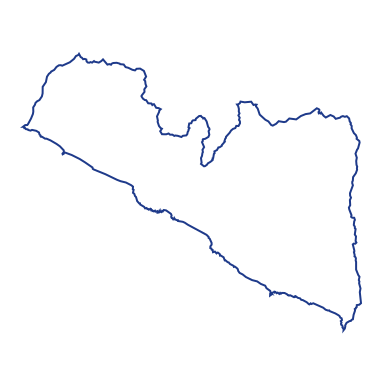 Caraveli, Arequipa, Peru (Natural Earth projection)
{"feature_id": "86281439B24627039816812", "entity_name": "Caraveli", "entity_type": "district", "adm_level": 2, "iso_a3": "PER", "parent_name": "Peru", "parent_adm1": "Arequipa", "projection": "natural_earth1", "projection_center": [-73.996, -15.752], "detail": "fine", "context": "isolated", "style": "outline", "palette": "blue", "viewbox_px": 384, "rotation_deg": 0, "n_neighbors": 0, "source": "geoboundaries", "source_scale": "gbopen_adm2", "svg_char_len": 5992}
<svg xmlns="http://www.w3.org/2000/svg" viewBox="0 0 384 384"><path d="M354.2,217.8L352.2,217.7L351.1,216.8L351.5,215.2L349.3,209.5L348.9,207.6L350.2,205.2L349.9,200.0L351.0,197.7L350.1,195.6L350.0,193.2L352.9,185.3L352.2,183.1L352.3,181.6L352.8,180.8L353.1,177.1L355.8,173.3L357.1,169.7L356.9,168.2L357.2,166.7L356.5,164.9L356.2,161.0L356.8,157.7L355.5,153.7L357.1,149.6L358.0,148.5L359.6,142.6L359.3,141.0L356.6,138.8L356.9,137.6L355.9,135.1L353.9,133.1L351.6,128.3L351.7,126.0L350.5,124.2L350.9,123.1L349.7,121.4L349.1,118.4L346.8,116.2L344.9,116.8L342.9,116.1L341.1,116.7L340.0,117.7L335.7,118.8L333.7,116.5L330.4,115.0L325.8,117.5L323.7,115.9L321.2,112.6L320.5,113.5L319.5,113.0L318.8,113.3L318.5,112.1L319.3,111.0L319.4,109.9L318.8,109.2L316.8,108.3L310.2,113.4L305.6,114.1L300.9,116.0L296.2,119.4L289.3,118.5L285.9,121.7L284.0,122.1L278.7,121.2L276.1,123.8L272.8,125.6L271.2,125.0L268.4,121.4L265.4,119.8L259.7,114.6L257.7,108.6L256.0,106.4L255.9,105.6L256.5,104.7L255.3,104.5L253.5,105.0L251.2,101.7L244.7,102.3L240.5,101.6L239.8,103.3L238.0,104.4L237.1,104.5L238.2,106.1L238.9,108.9L238.8,111.6L239.5,113.4L238.4,115.4L239.7,117.7L239.0,119.9L239.9,121.3L240.0,123.2L239.3,124.6L238.5,126.0L236.3,125.9L235.3,128.1L233.0,128.9L231.1,130.5L229.6,132.8L226.0,136.8L225.9,137.9L225.3,138.6L224.4,141.3L224.8,141.7L221.9,145.0L221.8,145.8L219.6,147.3L218.4,147.4L217.0,150.0L214.4,151.4L214.6,153.2L213.9,153.9L213.2,158.0L212.7,158.3L212.9,158.6L212.7,159.9L212.1,160.0L212.0,160.6L210.2,162.0L207.8,163.4L207.1,164.6L205.1,166.1L204.0,166.3L201.0,163.9L201.6,162.7L201.0,158.1L202.0,155.9L202.4,153.1L202.9,152.1L202.5,149.8L204.1,147.1L202.0,142.1L202.8,141.0L202.7,139.8L203.0,139.2L205.2,138.8L208.4,136.9L209.3,134.7L208.6,131.1L209.5,129.5L209.3,128.4L208.1,126.8L206.6,121.4L204.5,118.1L203.2,118.5L202.9,117.6L201.7,117.0L200.9,115.9L199.2,116.0L195.9,118.7L195.5,120.1L192.9,120.4L192.1,121.2L191.3,123.2L189.2,123.5L188.5,127.4L189.5,128.1L188.6,129.4L188.5,130.6L187.7,132.0L187.3,134.1L186.3,135.4L182.9,135.8L181.4,137.0L177.7,135.8L175.3,135.5L174.3,135.9L172.5,134.7L170.1,134.7L168.6,133.5L166.1,134.3L162.0,134.2L160.2,131.2L161.9,128.7L160.7,128.1L159.0,126.0L157.6,121.8L157.9,120.7L157.0,116.4L159.1,111.9L159.3,110.5L160.7,109.2L158.6,108.1L156.2,107.8L154.0,104.2L153.2,104.3L152.3,105.0L151.4,103.5L148.2,103.3L146.2,100.2L144.8,100.0L143.0,98.7L141.5,96.4L141.6,95.6L144.5,91.9L144.3,89.3L146.4,86.4L145.5,84.0L145.2,81.1L144.1,79.8L146.1,76.6L143.9,70.9L140.1,68.6L136.6,68.8L135.0,70.4L132.4,69.8L128.3,67.8L125.6,67.1L123.7,64.5L120.2,64.2L119.7,63.6L116.7,62.8L113.2,63.0L111.5,63.8L111.0,64.7L109.2,64.1L107.4,64.6L103.0,59.4L101.4,61.0L98.8,62.6L94.6,61.7L94.0,61.1L92.1,62.6L90.5,62.1L89.3,62.7L87.7,62.5L86.6,61.4L86.3,59.5L84.7,58.9L83.1,59.2L81.9,57.7L80.7,57.1L79.0,53.9L78.4,54.9L75.9,56.1L74.1,58.8L69.8,62.3L62.2,65.7L60.9,65.2L58.9,65.3L56.5,66.9L54.2,69.9L51.1,71.6L50.6,72.5L48.9,73.8L47.0,76.7L45.9,82.1L42.7,86.8L42.6,93.4L41.9,96.4L39.4,100.1L37.1,101.3L35.5,102.9L34.9,104.8L33.2,107.4L33.3,111.7L32.9,114.0L31.0,118.6L28.0,124.1L27.3,125.0L25.2,125.1L23.0,126.8L23.5,126.8L24.3,128.1L24.9,127.8L25.9,129.1L27.8,129.4L28.2,130.0L30.6,130.6L32.0,129.9L36.2,130.8L39.0,132.5L39.5,134.5L40.6,135.5L40.5,136.3L41.0,136.8L42.1,136.8L45.1,138.7L46.6,138.7L50.5,140.4L56.5,143.9L59.9,146.3L63.7,150.3L63.9,152.0L62.5,153.6L62.7,154.3L63.7,153.8L64.3,152.6L65.2,152.6L71.7,155.0L79.7,159.0L85.1,162.4L92.5,167.5L92.8,168.9L93.8,169.5L105.4,174.2L117.0,179.8L120.6,181.2L125.9,182.5L131.2,185.2L133.0,186.6L132.8,189.3L133.6,189.8L133.0,192.8L134.3,193.8L135.0,196.0L136.0,197.0L137.2,201.1L139.2,203.4L140.0,203.4L140.2,204.5L144.2,206.9L145.1,208.4L146.6,208.0L147.4,209.1L148.2,209.0L148.9,209.7L150.4,208.7L151.0,209.0L151.2,210.3L152.1,210.2L152.4,210.9L152.8,210.7L153.6,211.3L154.7,210.8L154.7,211.3L155.5,211.2L155.9,211.7L157.5,211.1L157.5,212.7L158.8,212.5L159.9,210.6L160.2,211.9L160.9,211.6L161.5,212.0L162.1,210.9L162.8,211.4L163.8,210.0L166.1,210.4L170.9,213.8L171.6,215.4L171.2,216.9L171.7,218.0L172.3,218.1L172.8,218.8L172.9,218.4L174.2,219.1L174.4,218.4L174.8,219.1L176.5,220.1L177.9,220.2L178.0,221.0L182.8,221.8L184.8,222.7L187.8,224.7L206.5,234.8L208.6,236.9L208.6,237.9L209.7,238.7L211.6,242.9L211.6,244.7L210.4,246.3L210.3,248.1L211.4,248.6L211.7,249.7L212.6,249.9L213.0,252.2L214.9,251.6L216.5,253.4L217.4,252.6L218.1,252.7L219.9,254.3L220.0,255.6L220.7,255.5L223.6,257.3L224.7,260.3L225.2,260.1L227.7,262.2L228.7,262.4L230.0,264.0L233.5,265.8L233.9,266.9L234.8,266.6L236.5,267.8L237.7,269.0L238.3,271.1L239.6,272.9L242.6,274.4L246.0,277.1L252.1,280.1L257.2,281.4L260.8,283.9L265.2,285.7L266.5,288.2L270.2,290.9L270.9,293.2L270.2,293.5L270.1,295.5L271.2,294.7L271.4,293.8L271.8,293.9L271.3,293.3L273.8,292.1L274.3,292.4L274.5,291.7L275.4,291.9L276.6,293.2L277.7,292.6L279.3,293.9L280.1,292.9L280.9,293.7L282.0,292.9L284.6,293.0L287.1,294.3L287.7,295.1L288.6,295.1L289.0,295.6L290.3,295.3L294.0,297.2L294.9,297.0L294.9,296.3L295.5,296.1L297.8,297.8L300.1,298.4L301.2,299.8L302.8,300.1L306.7,302.2L308.9,304.2L309.4,304.4L310.6,303.4L311.3,304.0L313.3,303.3L323.2,307.7L325.6,309.7L328.2,310.6L329.2,310.4L329.9,311.2L335.3,313.4L338.4,315.2L339.5,316.0L340.3,317.6L341.6,318.3L342.0,320.0L340.8,321.1L341.5,322.6L341.0,323.7L341.2,324.7L342.2,325.4L342.8,327.1L342.5,327.5L343.7,329.3L343.6,330.1L344.8,328.6L345.3,326.4L345.2,325.4L346.6,322.8L349.5,321.1L350.9,320.9L351.6,319.8L352.9,319.3L353.6,314.8L355.0,310.7L354.8,309.0L355.8,308.5L355.9,307.6L356.7,307.1L356.8,305.1L359.3,304.7L361.0,303.2L359.8,292.1L360.5,288.5L359.1,283.2L359.4,281.5L358.8,280.1L359.5,276.8L358.3,275.1L356.1,269.6L356.1,261.9L355.7,260.6L355.9,258.2L355.2,256.8L354.5,256.4L354.7,255.1L353.9,252.1L354.3,251.7L354.3,250.4L352.8,244.4L353.8,243.6L355.3,243.7L356.4,242.6L355.6,241.0L356.0,236.4L354.8,234.5L355.6,229.0L354.9,228.4L354.8,226.6L353.8,225.0L354.2,221.4L354.9,219.9L354.2,217.8Z" fill="none" stroke="#1e3a8a" stroke-width="2"/></svg>